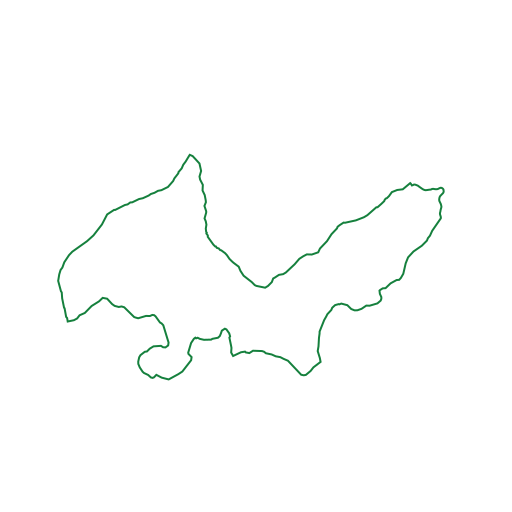 Jocotán, Chiquimula, Guatemala, rotated 322°
{"feature_id": "79465075B84991525520377", "entity_name": "Jocotán", "entity_type": "district", "adm_level": 2, "iso_a3": "GTM", "parent_name": "Guatemala", "parent_adm1": "Chiquimula", "projection": "orthographic", "projection_center": [-89.353, 14.814], "detail": "fine", "context": "isolated", "style": "outline", "palette": "green", "viewbox_px": 512, "rotation_deg": 322, "n_neighbors": 0, "source": "geoboundaries", "source_scale": "gbopen_adm2", "svg_char_len": 3992}
<svg xmlns="http://www.w3.org/2000/svg" viewBox="0 0 512 512"><g transform="rotate(322 256 256)"><path d="M266.1,135.5L264.9,135.9L258.6,138.3L254.9,139.3L251.4,141.2L246.5,142.2L245.7,143.0L239.4,144.6L236.9,145.9L229.1,147.4L222.0,145.9L218.9,144.3L214.9,143.7L211.3,142.4L208.7,142.3L202.4,140.8L198.9,139.1L191.5,137.5L189.9,136.4L186.6,136.3L184.1,135.1L173.4,133.0L172.6,132.3L164.3,131.6L154.0,136.3L140.6,139.7L132.0,140.3L113.9,139.5L109.2,140.2L101.1,142.9L96.3,145.9L93.4,146.7L89.7,149.3L84.8,153.8L80.6,163.7L80.5,165.1L77.2,170.0L72.9,178.6L73.0,179.3L68.9,187.1L69.0,188.5L68.0,190.4L67.3,191.7L73.0,194.5L76.6,195.1L80.5,194.1L86.0,195.5L95.7,194.2L104.4,195.1L109.4,194.6L112.4,198.0L113.0,205.3L113.9,208.3L116.5,211.7L119.0,213.0L120.6,215.3L122.4,229.1L123.1,230.2L124.8,232.5L132.4,235.5L135.5,238.0L138.0,238.6L139.3,239.9L139.7,241.7L139.4,249.3L140.1,251.0L140.3,253.5L133.8,270.4L131.7,272.4L128.4,272.3L126.6,270.7L125.8,268.3L119.6,264.1L115.2,263.6L111.3,264.1L109.4,263.0L103.9,263.0L101.6,263.9L98.2,266.7L96.8,268.6L95.8,272.3L95.4,277.4L95.7,279.2L97.8,283.4L98.4,287.0L99.5,288.4L100.9,288.8L104.3,288.3L106.8,293.8L111.2,299.5L122.1,301.3L126.8,301.7L140.7,298.2L143.0,296.0L142.5,291.6L143.1,290.4L151.3,284.6L156.1,283.0L157.9,283.0L158.1,284.0L159.7,284.5L160.7,286.7L163.4,290.0L169.2,294.3L170.6,294.4L175.7,297.0L178.2,296.8L180.7,295.4L183.1,293.8L186.7,294.1L187.5,295.6L187.3,300.4L186.1,303.4L184.8,303.9L181.2,311.2L180.1,313.3L177.0,316.8L176.4,320.7L184.9,322.6L188.5,324.6L188.6,325.7L191.0,328.4L195.3,328.8L202.2,334.6L203.4,336.4L203.9,338.7L207.7,343.2L209.8,347.2L212.9,350.7L214.4,354.0L216.7,358.2L218.5,377.4L220.2,379.4L222.1,380.4L228.3,380.2L232.7,379.1L241.7,379.2L243.5,375.7L246.1,368.9L249.6,365.7L255.3,359.2L258.3,356.3L259.6,354.7L270.2,348.5L274.1,346.9L276.4,345.8L282.1,344.9L284.2,343.7L288.1,343.4L291.5,344.8L291.9,345.4L293.9,346.0L297.7,351.0L298.4,356.4L300.2,359.5L301.0,360.1L302.5,361.2L306.6,362.6L312.4,363.0L314.9,365.1L322.5,368.1L326.8,367.9L328.4,366.9L329.5,365.5L330.3,362.1L332.0,359.3L332.6,359.2L335.9,359.5L338.3,361.1L345.2,360.4L352.0,361.5L354.1,362.9L356.6,362.5L361.1,360.7L369.5,353.9L375.0,350.7L382.9,349.4L393.0,350.0L400.2,349.1L402.4,347.8L405.6,347.1L410.4,344.6L424.8,340.1L425.5,339.3L425.8,338.7L426.1,338.0L426.5,336.8L427.0,335.9L427.9,335.0L428.5,334.6L429.8,333.4L431.7,332.0L432.4,331.4L433.1,330.1L433.7,328.6L434.0,327.1L434.4,325.4L435.1,324.3L436.1,323.3L436.9,322.7L437.7,322.3L438.4,322.1L439.8,321.9L440.5,321.8L441.3,321.7L442.1,321.6L443.0,321.2L443.7,320.6L444.1,319.9L444.6,319.1L444.7,318.3L444.6,317.6L444.3,316.7L443.5,315.9L442.3,315.5L441.1,315.3L440.4,315.1L439.8,314.8L439.1,314.3L438.5,313.8L437.9,313.2L437.1,312.3L436.1,311.6L434.7,311.3L433.9,310.8L433.3,310.4L431.5,309.4L430.2,308.6L429.4,307.7L428.7,306.4L428.2,305.0L427.7,303.3L427.3,302.0L426.9,300.4L426.6,299.8L426.2,299.1L425.4,297.8L424.7,297.1L424.0,296.8L423.4,296.8L422.3,296.4L422.4,295.4L422.5,294.2L422.4,293.5L412.7,293.8L407.9,290.9L402.4,289.3L397.6,290.7L394.7,291.0L393.5,290.6L391.7,291.1L390.8,291.7L386.8,292.1L381.8,292.4L380.8,291.7L368.9,292.4L364.9,291.9L356.6,289.4L346.6,284.6L345.6,283.6L340.9,283.2L338.3,283.2L336.8,284.1L328.9,285.3L321.1,288.0L311.0,289.5L307.3,291.4L300.9,289.2L297.0,286.0L293.1,285.3L288.4,284.9L281.4,286.3L269.4,287.4L266.2,287.0L262.5,285.0L257.5,284.6L255.7,284.3L252.4,286.3L247.0,287.0L243.7,286.6L237.9,279.8L237.1,278.2L236.6,273.9L234.1,263.9L234.6,258.1L235.8,253.8L234.1,247.4L233.8,245.8L233.3,242.0L233.6,237.5L233.4,234.8L232.1,230.1L231.4,229.3L231.3,227.1L230.1,225.4L230.3,223.9L229.7,223.3L229.4,220.7L229.8,211.2L230.7,210.1L230.7,207.8L231.5,207.4L231.6,206.3L233.3,203.5L236.2,200.8L237.8,197.7L238.6,194.7L243.4,191.2L244.3,190.1L246.2,184.8L249.6,182.8L250.7,181.1L253.1,176.4L254.2,171.5L257.9,167.2L259.0,161.4L260.4,158.6L265.1,155.2L268.4,148.3L267.6,138.3L266.1,135.5Z" fill="none" stroke="#15803d" stroke-width="2"/></g></svg>